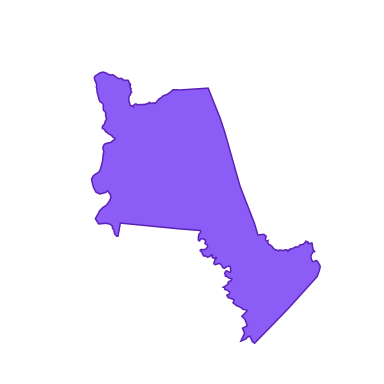 the district of San Bartolo Yautepec, Oaxaca, Mexico, rotated 43°
{"feature_id": "50627088B31711328181350", "entity_name": "San Bartolo Yautepec", "entity_type": "district", "adm_level": 2, "iso_a3": "MEX", "parent_name": "Mexico", "parent_adm1": "Oaxaca", "projection": "orthographic", "projection_center": [-95.928, 16.426], "detail": "fine", "context": "isolated", "style": "filled", "palette": "violet", "viewbox_px": 384, "rotation_deg": 43, "n_neighbors": 0, "source": "geoboundaries", "source_scale": "gbopen_adm2", "svg_char_len": 5101}
<svg xmlns="http://www.w3.org/2000/svg" viewBox="0 0 384 384"><g transform="rotate(43 192 192)"><path d="M341.2,168.4L338.6,162.4L337.0,159.6L336.1,158.7L334.3,158.1L333.2,157.7L331.0,157.2L329.9,157.3L329.2,157.8L328.5,159.8L327.9,160.4L327.2,160.6L325.2,159.6L323.3,158.4L322.4,157.4L321.4,153.8L321.6,153.0L322.4,152.1L322.1,151.7L320.3,151.7L318.6,150.7L316.4,148.9L314.8,147.5L314.1,147.8L313.9,148.0L313.7,148.9L312.1,150.4L311.2,149.4L308.8,150.3L309.2,152.4L308.8,154.9L307.0,157.0L307.2,159.5L306.3,160.8L305.4,161.1L304.7,162.9L304.5,163.7L303.7,165.3L302.5,167.0L302.4,167.7L302.9,167.8L302.9,168.7L301.9,169.4L302.2,170.0L301.4,169.9L300.6,169.7L299.6,170.6L299.4,171.4L298.1,173.2L297.5,173.2L295.5,174.8L295.6,176.0L294.3,176.2L293.0,177.1L290.9,177.7L290.0,177.7L288.2,177.3L286.8,177.2L286.2,177.4L285.5,177.3L284.6,177.6L283.8,178.0L283.0,177.9L282.6,177.6L281.7,177.1L281.3,176.7L280.8,175.7L280.4,176.9L279.6,177.1L278.8,177.0L278.2,176.7L277.9,176.4L277.0,174.9L276.5,173.7L273.3,174.0L269.5,178.5L259.5,172.6L259.2,172.4L223.2,155.0L174.3,125.4L163.8,119.7L162.2,118.8L133.0,105.0L115.1,124.0L113.3,126.0L111.1,127.6L108.4,130.1L108.2,133.2L107.3,137.3L105.2,141.7L105.2,144.2L104.4,146.1L104.5,149.4L104.7,151.4L104.8,152.1L103.0,153.0L102.5,154.2L101.4,155.2L99.6,155.5L99.6,157.1L98.7,158.1L98.9,159.0L97.7,159.8L97.6,160.5L97.2,161.0L96.1,161.5L95.7,162.7L94.3,163.3L93.9,164.2L92.7,165.7L91.7,165.4L90.3,166.5L90.1,169.1L90.9,169.5L88.7,170.2L88.6,170.6L87.7,170.7L85.7,169.5L84.9,169.0L84.2,168.7L82.8,167.5L81.9,166.5L81.0,165.2L80.5,164.0L80.6,162.9L79.8,161.3L79.7,160.1L77.8,159.5L77.1,158.0L75.4,157.8L74.5,156.3L73.2,156.1L73.5,155.1L71.6,154.9L69.5,153.8L68.6,154.1L68.1,154.9L67.5,155.4L66.7,156.1L65.3,156.8L64.6,156.9L63.6,156.9L62.9,157.1L62.3,157.6L61.7,158.6L60.8,159.1L60.1,159.3L58.2,159.7L56.6,159.8L55.2,160.0L54.1,160.3L53.4,161.1L52.1,162.4L49.4,163.3L48.4,163.5L47.1,163.9L45.0,165.1L44.3,166.2L43.6,167.5L43.1,168.7L42.9,170.2L42.6,171.1L42.2,172.3L42.1,172.9L42.2,174.4L42.6,175.1L43.4,175.6L44.7,176.5L47.8,177.8L48.5,178.1L49.5,179.1L50.1,179.9L50.7,180.7L51.3,181.1L52.3,181.6L53.2,182.5L53.9,183.2L55.1,184.1L55.7,184.4L58.4,186.1L60.5,187.5L61.3,188.0L62.0,188.3L62.9,188.6L63.8,188.5L65.5,188.2L66.6,188.4L67.5,188.6L68.3,189.3L69.5,190.9L71.1,192.4L74.9,192.9L76.6,195.0L79.8,196.9L80.3,199.5L81.4,201.4L81.8,203.3L81.5,204.6L82.8,206.5L84.0,206.5L84.7,206.0L85.4,206.1L86.6,205.9L86.7,206.5L87.5,206.8L88.9,206.5L89.5,206.3L90.4,206.5L91.2,206.4L92.0,206.0L93.7,205.8L94.2,205.3L95.1,205.2L95.6,205.8L96.4,205.9L97.4,205.4L98.1,205.4L99.4,205.3L99.8,206.0L99.3,206.9L99.2,207.7L99.1,208.6L99.1,209.4L98.9,209.5L99.1,210.1L99.0,210.8L97.8,212.3L96.5,214.4L95.4,216.6L96.1,219.8L97.9,221.5L100.0,222.5L101.1,224.6L105.2,230.0L106.6,232.5L108.2,235.5L109.8,238.6L110.3,241.2L109.3,244.5L108.8,247.3L109.6,250.9L113.0,253.5L117.0,255.9L121.9,257.6L126.0,256.3L127.6,253.7L129.2,251.2L129.4,248.8L133.4,249.4L136.4,251.1L137.5,254.2L138.0,256.1L138.4,259.8L137.4,264.1L137.2,268.6L138.3,272.3L138.8,274.7L139.6,277.5L145.5,279.0L147.3,277.1L149.0,275.1L150.9,273.3L153.7,271.5L157.0,271.2L158.3,272.6L161.1,273.3L163.2,274.9L164.8,275.6L167.2,275.6L168.0,274.8L160.8,263.6L208.3,227.3L208.6,227.0L224.5,214.4L225.3,215.1L225.9,216.4L225.8,217.5L226.3,219.0L228.3,221.7L229.6,222.9L230.8,222.7L230.7,221.8L230.4,220.6L230.8,219.7L231.6,219.1L233.6,218.3L234.7,218.2L235.5,218.7L236.1,220.3L236.5,220.8L237.1,220.8L239.8,220.4L240.6,221.3L241.1,223.8L240.6,225.4L239.5,226.4L238.1,227.5L237.7,228.3L237.7,229.0L238.0,229.4L238.8,229.4L239.9,229.3L244.2,230.9L244.9,230.0L245.9,229.5L247.8,229.1L248.7,227.6L249.0,226.1L249.2,224.6L250.1,224.1L250.5,224.8L250.9,225.9L251.8,226.1L252.8,225.7L253.8,224.3L254.5,223.4L255.1,223.9L254.8,225.2L255.1,226.3L255.8,227.4L256.1,228.2L256.3,228.9L256.8,229.3L257.5,229.6L258.5,229.3L259.2,228.3L259.9,226.6L261.1,225.7L262.6,225.1L263.6,225.5L265.2,226.0L266.5,226.3L267.8,225.7L268.1,223.8L268.5,222.7L269.1,221.8L270.4,220.5L271.8,221.1L272.7,222.1L273.6,222.9L274.5,223.6L274.9,224.0L274.7,224.6L273.8,225.2L272.9,225.4L271.4,225.8L270.8,226.5L270.9,227.7L271.3,229.3L273.0,229.8L273.5,230.7L274.0,230.8L274.8,230.0L276.1,230.0L278.3,229.5L280.6,228.4L280.9,229.1L281.0,229.7L281.4,230.1L281.0,230.7L280.3,231.5L280.0,232.3L280.1,233.7L280.8,233.9L281.0,235.8L280.7,237.1L280.7,237.6L280.4,238.7L279.7,240.3L281.2,239.8L281.9,240.4L282.4,240.9L283.6,240.4L284.7,239.9L286.7,239.4L287.6,239.7L288.4,240.2L288.8,241.3L288.5,242.3L288.0,242.9L288.0,243.6L288.2,244.1L289.4,244.0L290.5,244.6L294.4,242.8L295.9,242.1L296.5,242.4L296.7,243.0L297.0,243.7L297.2,244.3L297.4,244.8L297.7,245.1L298.4,245.1L299.9,244.8L301.3,244.8L301.9,244.7L302.8,244.5L304.6,243.7L306.1,243.3L306.9,243.2L307.9,243.1L309.3,243.0L310.5,242.4L311.6,241.6L312.8,241.1L313.3,242.1L313.5,241.5L313.2,248.9L317.4,249.0L323.6,252.1L321.8,257.2L326.7,259.4L329.4,267.7L331.7,262.6L331.4,261.5L331.8,259.8L332.2,258.8L332.5,257.9L338.0,260.2L340.9,260.0L341.9,212.4L341.2,168.4Z" fill="#8b5cf6" stroke="#5b21b6" stroke-width="1.5"/></g></svg>